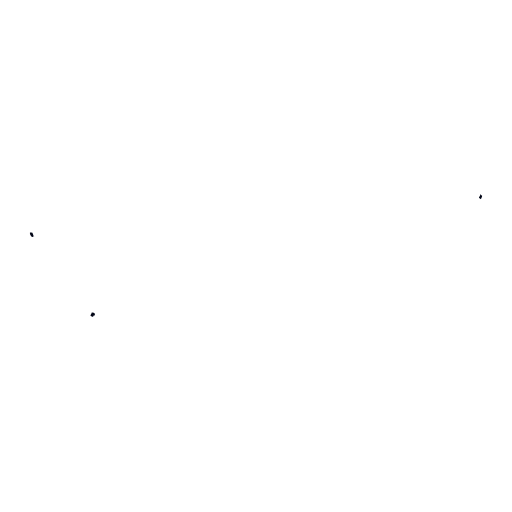 outline of Danau, Sumatera Selatan, Indonesia
{"feature_id": "22746128B15758871990616", "entity_name": "Danau", "entity_type": "district", "adm_level": 2, "iso_a3": "IDN", "parent_name": "Indonesia", "parent_adm1": "Sumatera Selatan", "projection": "orthographic", "projection_center": [123.757, -1.837], "detail": "fine", "context": "isolated", "style": "filled", "palette": "ink", "viewbox_px": 512, "rotation_deg": 0, "n_neighbors": 0, "source": "geoboundaries", "source_scale": "gbopen_adm2", "svg_char_len": 1472}
<svg xmlns="http://www.w3.org/2000/svg" viewBox="0 0 512 512"><path d="M93.0,314.9L92.8,314.7L93.0,314.5L93.1,314.4L93.3,314.4L93.5,314.3L93.6,314.5L93.8,314.6L94.0,314.5L94.1,314.4L94.2,314.2L94.0,313.9L93.9,313.9L93.7,313.8L93.6,313.7L93.4,313.5L93.3,313.4L93.0,313.4L92.9,313.4L92.6,313.3L92.4,313.3L92.4,313.5L92.2,313.7L92.2,313.8L92.1,314.0L91.9,314.1L91.8,314.3L91.8,314.5L91.7,314.6L91.6,314.8L91.5,315.0L91.4,315.1L91.3,315.3L91.5,315.5L91.8,315.4L91.9,315.5L92.0,315.5L92.2,315.8L92.3,315.9L92.4,316.0L92.5,316.0L92.5,315.9L92.6,315.7L92.4,315.3L92.4,315.2L92.5,315.2L92.6,315.3L92.7,315.2L92.8,314.9L93.0,314.9L93.0,314.9ZM32.3,234.7L32.3,234.4L32.2,234.3L32.2,234.2L32.1,233.9L31.9,233.7L31.7,233.5L31.7,233.4L31.4,233.4L31.2,233.3L31.1,233.2L30.9,233.2L30.8,233.3L30.7,233.3L30.7,233.5L30.8,233.6L30.8,233.8L30.8,234.0L31.0,234.2L31.0,234.3L31.0,234.5L31.2,234.8L31.3,234.8L31.3,235.0L31.5,235.2L31.5,235.3L31.8,235.5L31.7,235.5L31.8,235.7L32.0,235.6L32.1,235.8L32.1,236.0L32.4,236.2L32.5,236.2L32.7,235.9L32.6,235.7L32.5,235.2L32.4,234.9L32.3,234.7ZM481.0,196.0L480.9,195.9L480.9,196.0L480.7,196.1L480.7,196.3L480.7,196.5L480.5,196.8L480.4,196.8L480.2,196.9L480.0,197.0L479.9,197.1L479.8,197.3L479.8,197.5L480.0,197.6L480.3,197.8L480.4,198.0L480.5,198.1L480.7,197.9L480.7,197.7L480.7,197.4L480.8,197.4L480.8,197.2L481.0,197.0L481.0,196.9L481.2,196.7L481.3,196.4L481.3,196.2L481.2,196.2L481.0,196.0Z" fill="#0f172a" stroke="#020617" stroke-width="1.5"/></svg>